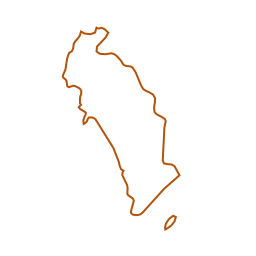 outline of Northern Samar, rotated 243°
{"feature_id": "PHL-2586", "entity_name": "Northern Samar", "entity_type": "Province", "adm_level": 1, "iso_a3": "PHL", "parent_name": "Philippines", "parent_adm1": "", "projection": "natural_earth1", "projection_center": [124.817, 12.409], "detail": "fine", "context": "isolated", "style": "outline", "palette": "amber", "viewbox_px": 256, "rotation_deg": 243, "n_neighbors": 0, "source": "natural_earth", "source_scale": "10m", "svg_char_len": 1650}
<svg xmlns="http://www.w3.org/2000/svg" viewBox="0 0 256 256"><g transform="rotate(243 128 128)"><path d="M62.5,152.4L57.5,132.7L45.9,102.4L45.5,99.6L46.0,97.1L47.2,94.7L49.0,92.7L51.0,92.1L52.4,92.8L60.4,100.0L61.2,100.2L63.0,100.3L67.5,97.9L69.1,97.4L70.1,97.8L74.5,100.3L77.3,101.3L88.4,101.5L89.2,101.8L91.1,103.3L91.5,103.8L91.9,104.6L92.7,104.2L93.7,103.5L94.5,103.1L98.5,103.5L102.4,104.5L117.0,105.9L150.3,103.0L151.9,102.3L153.6,100.9L155.1,98.0L154.2,96.1L152.5,94.3L151.8,92.0L151.8,90.4L155.0,91.6L157.4,94.0L159.3,96.4L160.9,97.4L163.2,96.2L166.3,94.1L168.9,93.5L170.0,96.7L171.7,96.4L175.4,98.2L178.6,100.4L179.0,101.5L180.1,101.9L181.0,102.6L182.3,103.2L184.5,103.1L185.9,102.4L187.9,101.0L189.8,99.5L190.6,98.2L191.2,93.8L192.8,92.9L197.8,94.6L199.5,94.4L201.3,93.6L202.9,93.1L204.4,93.9L208.6,98.9L217.4,105.2L221.6,109.4L221.9,112.9L223.8,115.3L227.6,117.8L229.1,120.1L231.2,125.4L232.4,127.2L235.3,129.9L232.0,132.1L228.8,136.7L227.9,141.8L231.7,145.5L230.4,146.4L229.8,147.6L229.3,150.0L226.1,152.3L221.8,153.7L218.8,149.1L214.5,137.2L210.4,134.7L206.8,136.7L203.9,141.5L202.1,147.2L199.8,149.4L197.1,150.7L191.3,152.3L187.6,152.5L185.9,153.0L184.2,154.4L182.0,157.8L180.8,159.0L178.9,159.6L174.0,160.1L160.3,159.0L156.0,159.2L153.1,160.7L150.4,163.0L146.4,165.5L142.1,165.6L138.2,163.3L134.3,160.4L130.3,159.0L128.2,159.4L126.2,160.4L122.5,163.1L119.3,164.9L117.0,164.7L111.8,160.6L83.1,144.1L80.1,144.0L77.8,146.9L75.6,150.4L72.7,152.1L62.5,152.4L62.5,152.4ZM26.9,130.2L23.5,126.8L21.4,122.1L20.8,117.6L20.7,115.2L22.3,115.7L25.5,118.3L28.3,123.1L29.3,128.4L26.9,130.2Z" fill="none" stroke="#b45309" stroke-width="2"/></g></svg>